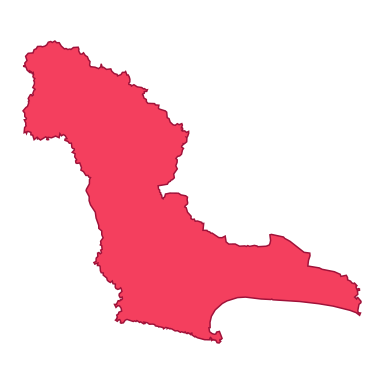 the district of Cilacap, Jawa Tengah, Indonesia
{"feature_id": "22746128B37209370352000", "entity_name": "Cilacap", "entity_type": "district", "adm_level": 2, "iso_a3": "IDN", "parent_name": "Indonesia", "parent_adm1": "Jawa Tengah", "projection": "natural_earth1", "projection_center": [108.91, -7.462], "detail": "fine", "context": "isolated", "style": "filled", "palette": "rose", "viewbox_px": 384, "rotation_deg": 0, "n_neighbors": 0, "source": "geoboundaries", "source_scale": "gbopen_adm2", "svg_char_len": 5871}
<svg xmlns="http://www.w3.org/2000/svg" viewBox="0 0 384 384"><path d="M188.6,131.4L186.6,132.4L184.7,130.9L182.3,131.0L181.7,130.2L182.6,129.9L182.7,128.6L182.4,127.9L181.4,127.8L182.4,125.1L181.8,123.6L179.1,124.7L177.3,123.7L175.2,125.3L173.1,124.8L170.2,122.1L169.0,118.6L167.2,117.7L166.7,112.2L165.3,110.9L159.2,109.0L158.4,108.1L158.9,105.2L155.4,104.9L154.6,103.6L147.8,103.3L146.4,101.6L146.3,99.5L144.0,98.1L143.1,95.2L142.5,94.8L142.6,94.1L144.3,93.2L144.3,91.6L146.7,91.4L147.3,89.8L146.5,90.0L144.4,88.6L143.5,88.9L141.7,87.5L137.3,86.9L133.9,84.7L131.4,86.0L130.8,84.8L128.9,84.4L128.8,83.1L129.8,82.0L129.9,79.3L129.2,76.8L128.1,74.9L127.0,75.1L125.6,71.5L124.8,72.3L122.4,72.4L121.0,74.6L117.5,75.9L117.1,74.4L114.3,73.6L111.8,71.3L110.8,68.9L106.5,69.4L103.4,67.2L102.3,67.5L101.2,63.8L100.7,66.9L98.6,68.6L95.1,67.2L90.6,66.7L89.6,65.1L90.0,61.5L88.5,59.7L87.4,56.8L85.3,55.5L83.5,52.8L81.9,54.1L80.3,54.0L78.7,51.0L78.9,49.1L78.2,47.2L73.4,47.5L70.9,49.5L70.0,49.0L67.8,49.5L66.0,48.5L64.4,48.9L61.3,46.1L59.2,42.7L56.6,42.7L54.9,41.0L52.2,42.5L50.8,41.5L48.3,42.2L46.7,44.9L44.7,46.2L42.2,46.8L41.0,46.3L37.5,46.5L36.3,48.7L34.1,49.7L33.0,52.9L28.2,53.3L25.6,56.3L27.0,60.5L24.8,63.1L25.1,65.5L23.7,65.8L23.7,66.4L26.0,67.1L27.1,70.1L29.8,72.5L30.4,72.6L30.0,71.1L31.7,72.1L32.3,73.6L33.2,72.7L33.6,74.8L32.9,76.2L33.4,77.7L34.8,78.4L33.7,80.8L34.4,81.6L34.4,84.1L32.8,87.6L34.7,88.7L35.0,89.6L34.2,89.9L32.8,93.4L33.3,94.9L32.1,95.8L31.3,94.6L30.4,94.7L28.2,98.5L29.2,100.8L28.4,101.3L28.7,103.0L27.5,106.4L25.8,107.6L23.0,110.9L24.7,113.0L24.8,116.6L26.4,118.3L25.9,119.6L24.3,119.8L25.8,123.0L25.7,124.9L26.1,125.8L24.6,127.6L24.1,132.7L25.8,132.0L26.5,133.6L27.2,131.7L27.9,131.4L30.9,132.4L30.9,134.8L32.7,135.2L34.1,139.7L37.1,137.2L37.7,137.6L37.6,138.9L38.4,138.5L40.5,140.0L45.7,136.9L47.1,137.8L46.7,139.5L47.8,139.8L48.5,139.6L47.9,138.5L48.2,137.3L51.5,137.8L55.6,136.1L59.1,137.7L59.9,133.7L61.4,135.8L63.3,134.6L65.1,135.6L66.9,138.6L65.0,139.1L64.9,140.3L67.9,141.4L69.3,143.2L71.4,143.2L71.8,147.2L72.5,148.2L74.3,148.9L74.3,150.0L72.2,152.3L75.1,153.7L74.7,156.8L76.7,159.9L75.6,160.9L75.9,162.9L76.9,163.4L79.8,163.0L81.5,167.7L80.9,170.1L83.5,171.6L85.9,175.4L88.1,175.5L88.9,177.1L90.5,177.6L89.5,179.5L89.4,183.9L86.4,189.3L86.1,190.8L89.2,196.7L89.1,200.7L90.5,204.9L95.3,212.2L96.1,218.0L98.7,225.3L98.8,228.4L101.7,230.9L101.8,234.8L103.1,237.8L100.6,241.3L101.0,243.5L100.3,244.9L101.7,245.6L102.1,249.4L100.7,250.1L101.5,252.8L100.2,253.8L98.9,252.5L97.6,253.1L97.8,256.5L96.2,258.1L96.0,261.5L93.9,262.5L94.8,264.1L97.9,263.0L97.5,265.5L99.4,265.6L100.1,266.3L100.4,270.8L101.2,272.7L103.3,273.0L103.2,275.1L106.8,278.0L107.2,280.0L108.4,281.3L110.4,282.5L112.3,281.0L113.0,283.7L115.4,284.1L115.2,287.0L115.9,288.4L117.8,289.4L119.6,288.8L120.5,287.8L121.1,288.3L121.9,291.4L119.2,294.0L119.1,295.7L120.1,297.6L122.2,297.1L122.4,298.8L121.9,299.5L120.9,299.5L120.8,300.1L120.3,300.0L119.8,300.9L118.2,300.7L116.4,304.3L114.5,304.4L116.0,307.4L117.8,305.6L119.6,306.0L121.2,308.4L121.6,311.1L118.9,312.2L118.4,313.9L116.7,315.1L117.4,317.2L116.6,318.4L117.0,318.9L115.5,320.1L117.3,321.3L118.7,319.8L119.7,319.6L120.7,321.5L120.4,322.7L121.1,323.2L123.4,322.8L125.2,320.2L127.0,319.4L133.3,321.5L134.4,320.9L136.0,321.5L136.9,320.6L139.6,322.4L140.5,321.8L143.6,323.8L144.9,323.5L144.1,322.2L147.4,322.7L149.3,324.2L152.8,324.1L154.7,324.6L155.4,325.9L158.2,326.4L158.8,327.0L159.7,326.7L163.1,327.6L163.5,328.8L165.8,327.4L167.2,327.9L167.2,328.5L167.9,327.9L169.9,328.9L170.2,328.5L171.9,329.0L175.1,330.9L177.5,330.7L180.4,332.3L181.5,331.7L184.3,332.7L185.1,331.9L186.3,333.4L187.6,333.5L187.8,332.8L188.5,332.9L190.6,334.5L190.9,333.4L191.8,333.1L192.1,335.0L194.9,336.9L195.4,336.4L197.3,337.7L204.6,339.7L210.0,339.8L209.8,338.6L210.4,337.5L211.3,338.2L211.7,340.1L212.2,339.4L212.8,340.1L213.8,339.6L214.1,340.1L215.7,340.2L217.1,342.7L219.1,343.0L220.7,341.4L219.8,340.4L220.0,339.5L221.2,339.4L222.1,338.4L219.4,331.4L216.6,332.1L215.9,333.9L214.4,334.3L212.1,333.6L209.6,331.7L208.9,327.8L210.1,327.6L210.0,322.3L211.4,316.3L215.2,309.9L222.3,303.5L227.0,300.9L237.5,297.6L245.5,297.1L261.0,299.0L270.8,299.5L271.8,299.1L272.9,299.8L299.7,301.5L318.6,303.7L333.1,306.1L349.9,310.3L356.0,312.6L359.6,315.3L360.5,313.0L358.2,312.7L357.8,310.4L359.0,304.3L360.9,302.7L361.0,301.3L357.8,297.5L357.3,297.5L356.6,299.0L354.6,297.1L357.8,294.3L357.4,290.7L359.5,290.3L359.4,288.9L358.2,288.6L357.2,289.6L356.7,289.1L356.0,287.0L357.3,285.0L356.2,286.3L356.0,284.6L354.5,283.1L354.0,283.6L351.8,282.9L350.6,281.2L347.6,279.8L347.5,277.5L346.3,275.3L340.9,276.4L340.2,274.3L334.3,271.7L322.1,269.3L319.3,267.9L307.8,266.0L308.5,260.4L310.0,255.8L309.8,253.1L304.0,252.3L290.0,241.3L284.7,238.4L283.5,237.0L271.4,234.4L269.9,234.8L270.6,240.5L270.0,243.4L269.2,245.0L266.2,246.2L257.7,246.7L257.1,246.0L254.4,245.4L249.6,246.4L247.7,245.6L246.3,246.5L244.9,245.9L239.5,246.2L235.2,244.0L228.8,244.1L226.1,241.9L225.2,236.1L222.0,237.7L218.8,237.6L212.1,233.1L211.0,233.2L209.8,232.0L207.4,231.2L207.0,230.4L203.0,230.3L203.7,223.4L202.2,223.6L201.8,222.4L197.5,221.0L195.2,221.2L194.2,219.1L192.7,219.5L191.0,218.6L191.1,216.2L187.5,212.2L186.2,207.7L184.7,206.9L185.3,205.7L187.4,204.0L187.7,202.9L187.1,199.7L187.5,197.2L185.7,195.8L181.0,194.9L178.4,193.2L169.9,193.1L165.5,194.0L164.6,197.1L163.6,197.6L163.1,198.8L162.1,198.0L161.6,195.0L160.6,194.4L160.8,193.0L159.7,192.1L159.6,190.0L158.6,189.2L158.1,185.8L167.4,184.2L168.5,182.2L170.3,181.3L171.1,180.1L172.5,179.6L174.3,177.8L173.7,174.0L177.3,168.9L175.8,165.8L177.1,162.3L177.2,159.8L175.9,158.5L177.6,156.4L179.7,155.9L181.5,154.2L182.5,149.9L183.5,148.4L181.6,147.0L181.7,146.1L183.6,144.1L183.4,143.7L184.3,143.8L186.7,141.8L186.9,138.3L186.4,137.4L186.9,137.6L187.7,136.2L188.7,133.3L188.6,131.4Z" fill="#f43f5e" stroke="#9f1239" stroke-width="1.5"/></svg>